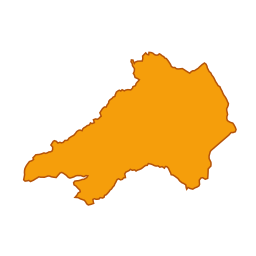 Registro, São Paulo, Brazil, rotated 356°
{"feature_id": "56859067B86828019663063", "entity_name": "Registro", "entity_type": "district", "adm_level": 2, "iso_a3": "BRA", "parent_name": "Brazil", "parent_adm1": "São Paulo", "projection": "albers", "projection_center": [-47.856, -24.495], "detail": "fine", "context": "isolated", "style": "filled", "palette": "amber", "viewbox_px": 256, "rotation_deg": 356, "n_neighbors": 0, "source": "geoboundaries", "source_scale": "gbopen_adm2", "svg_char_len": 4072}
<svg xmlns="http://www.w3.org/2000/svg" viewBox="0 0 256 256"><g transform="rotate(356 128 128)"><path d="M20.3,172.4L21.6,173.8L23.4,173.7L25.5,173.4L27.0,174.6L30.0,173.5L32.2,172.3L34.1,171.4L35.6,170.5L37.4,171.0L39.2,171.1L41.1,171.3L42.7,170.9L44.8,170.3L46.5,170.5L48.0,171.3L50.4,171.9L52.9,172.4L55.5,169.7L57.1,168.1L58.8,167.7L60.4,168.6L63.1,170.8L65.0,173.1L66.6,173.9L68.6,173.5L70.6,173.0L72.5,172.1L74.4,171.9L75.8,172.1L77.5,172.1L79.2,172.9L80.7,173.5L82.7,172.5L84.6,172.9L83.4,174.7L82.2,175.2L80.6,176.1L78.8,176.1L76.9,176.7L75.0,177.1L73.3,177.1L71.2,177.3L69.9,178.8L70.2,180.9L72.1,182.3L73.7,184.4L75.7,186.6L75.9,188.3L73.8,189.3L72.4,191.4L70.3,193.5L71.7,193.7L73.5,194.0L75.6,195.4L77.3,196.1L79.5,197.1L80.8,199.1L81.5,200.7L83.0,202.0L85.6,201.6L88.5,200.8L88.2,199.3L88.0,196.8L89.7,196.2L91.1,196.9L92.6,196.9L94.1,196.8L95.4,195.5L97.8,196.1L99.3,195.4L99.9,193.6L101.7,193.0L103.1,191.7L104.7,190.1L105.7,188.7L107.3,187.7L108.5,186.1L110.2,184.5L111.0,182.7L111.9,181.5L112.6,180.2L113.5,178.7L115.1,178.0L116.9,179.2L118.9,178.8L120.0,177.5L122.0,177.3L121.8,175.4L121.5,173.5L123.0,171.7L124.5,171.2L126.4,170.4L127.4,169.4L129.4,170.5L131.7,170.2L133.0,171.5L134.4,170.7L136.2,170.3L138.2,169.6L139.7,168.7L141.1,167.7L142.9,166.6L144.6,166.6L145.8,164.9L148.4,165.6L149.8,166.2L151.6,167.3L153.3,167.9L155.4,167.9L157.0,169.3L159.4,168.9L161.5,170.6L162.6,169.0L164.1,169.3L165.5,170.9L166.5,173.6L167.4,175.8L167.8,177.6L169.7,178.1L171.7,179.6L172.9,180.7L174.2,181.7L175.9,184.4L177.8,186.2L180.0,187.4L181.7,188.8L181.9,191.7L182.3,193.2L183.7,191.5L185.8,192.7L188.4,193.5L190.5,192.4L192.8,191.7L194.7,190.7L195.5,189.1L195.4,187.3L195.5,184.9L197.4,182.9L199.1,182.8L201.5,184.5L204.0,183.8L204.5,180.3L204.8,177.8L205.1,174.5L206.6,173.0L208.0,171.8L208.3,169.9L208.3,167.9L207.7,166.5L206.8,164.2L206.9,161.6L208.4,157.3L209.4,156.1L228.1,142.1L229.5,140.7L230.6,139.7L232.4,139.9L234.8,139.2L235.7,137.1L235.1,134.9L233.8,132.0L232.8,130.4L230.5,129.5L228.9,128.5L227.6,127.4L227.2,125.4L227.4,123.5L228.3,121.5L228.0,119.4L227.7,117.4L227.8,115.5L228.6,114.3L229.5,112.4L229.9,110.6L229.2,109.0L228.4,106.5L227.4,104.3L225.9,101.9L225.0,99.8L224.4,97.8L223.2,95.2L222.6,93.3L220.8,92.0L219.7,89.7L218.6,87.8L217.7,85.4L216.8,83.3L215.3,81.1L214.4,78.8L212.9,77.3L212.3,75.9L211.3,73.5L211.1,71.9L210.3,69.8L208.8,68.5L206.4,69.9L205.0,71.0L203.6,72.1L202.3,73.3L200.2,74.4L198.5,75.4L196.3,75.5L194.6,76.5L193.4,77.6L191.6,76.4L190.1,75.3L188.4,74.0L186.4,72.5L183.7,72.6L182.0,72.6L180.3,72.2L179.0,70.9L177.0,70.8L175.5,69.6L174.8,67.5L173.8,65.7L172.6,63.6L171.1,61.4L169.4,60.7L168.7,59.3L167.2,58.5L165.6,56.9L164.4,56.2L162.9,57.3L161.1,57.3L159.7,56.7L158.0,55.1L156.2,54.3L154.2,54.0L153.7,56.4L152.3,56.0L150.9,54.3L149.2,55.8L147.6,57.3L147.6,60.0L146.8,62.2L144.9,62.1L142.3,62.0L139.7,62.8L138.8,64.0L138.0,62.1L137.7,60.6L136.1,60.3L135.6,62.1L136.7,64.1L136.8,66.1L138.6,69.3L138.2,72.0L137.1,74.0L137.9,75.2L138.6,78.1L140.9,79.3L142.7,80.7L141.5,81.9L140.3,83.0L139.2,84.2L138.4,86.3L135.8,87.1L135.2,88.7L133.4,90.2L130.5,89.7L128.4,90.0L126.9,90.7L124.8,89.4L123.4,90.6L121.9,89.7L120.4,90.4L118.9,91.4L117.6,94.0L117.1,95.6L115.3,96.1L114.1,97.4L112.0,98.6L110.8,99.9L110.2,102.1L109.0,103.2L107.7,105.6L105.9,105.4L104.0,106.8L102.8,108.4L101.0,110.8L101.6,112.7L102.1,114.4L100.9,115.2L99.5,116.5L98.1,117.2L96.3,116.7L94.1,117.3L94.8,120.3L92.4,121.1L90.9,120.3L90.2,121.6L89.1,122.5L87.5,122.7L85.7,124.0L84.2,124.6L82.8,125.8L82.0,127.5L80.0,126.7L78.5,126.9L76.6,128.0L75.4,129.5L73.4,131.5L70.7,132.7L68.3,134.1L67.5,135.4L66.3,136.1L64.2,136.0L62.4,137.8L60.5,138.2L59.1,137.5L57.0,138.1L55.6,136.3L53.7,135.5L52.5,136.1L51.1,138.0L49.9,139.6L51.5,141.7L51.3,144.3L50.6,145.7L49.0,146.4L47.6,146.3L45.9,147.1L44.2,147.6L42.4,147.0L39.8,147.8L37.7,148.2L35.9,148.2L34.1,148.3L32.6,149.8L31.1,151.1L31.6,152.8L29.8,153.9L27.3,154.6L25.8,156.3L24.6,157.7L23.6,159.1L22.4,161.2L21.9,162.9L21.6,165.0L21.6,167.5L20.9,170.2L20.3,172.4Z" fill="#f59e0b" stroke="#b45309" stroke-width="1.5"/></g></svg>